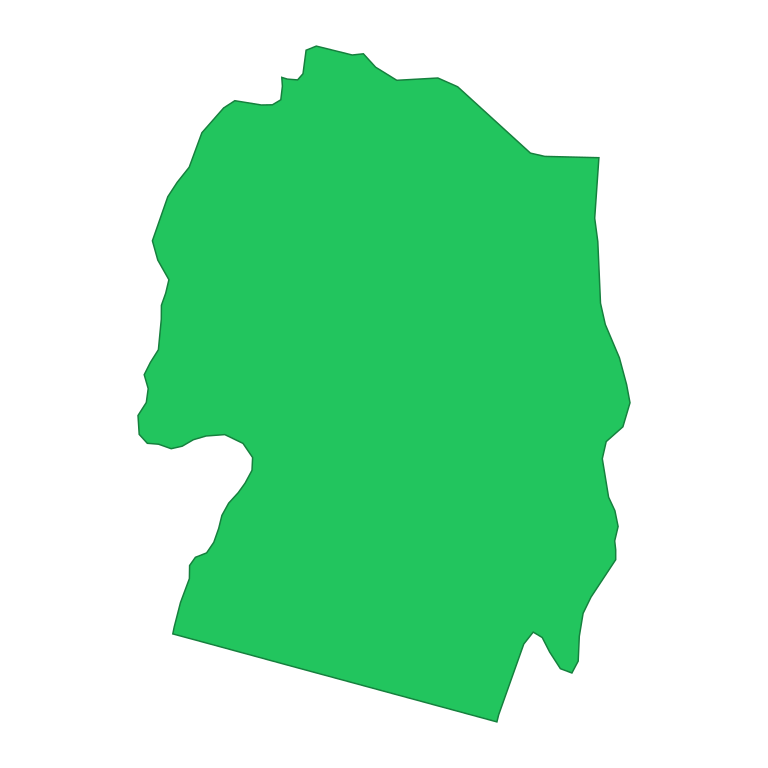 the border of Koulpélogo
{"feature_id": "BFA-2827", "entity_name": "Koulpélogo", "entity_type": "Province", "adm_level": 1, "iso_a3": "BFA", "parent_name": "Burkina Faso", "parent_adm1": "", "projection": "equal_earth", "projection_center": [0.155, 11.405], "detail": "fine", "context": "isolated", "style": "filled", "palette": "green", "viewbox_px": 768, "rotation_deg": 0, "n_neighbors": 0, "source": "natural_earth", "source_scale": "10m", "svg_char_len": 1234}
<svg xmlns="http://www.w3.org/2000/svg" viewBox="0 0 768 768"><path d="M496.9,721.9L439.1,706.2L288.3,665.3L207.1,643.2L172.8,633.9L174.2,627.0L180.5,602.5L189.4,578.6L189.6,565.5L195.4,557.3L206.6,552.9L213.8,542.3L218.7,528.4L221.9,515.4L228.7,503.1L238.2,492.7L245.1,483.1L252.0,470.3L252.6,457.5L243.0,443.4L224.8,434.6L206.0,436.0L193.4,439.7L182.2,446.2L171.2,448.7L158.5,444.2L147.3,443.3L139.2,434.4L138.0,415.5L146.3,402.5L148.2,388.6L144.2,374.7L150.4,362.4L158.4,349.7L161.3,319.2L161.4,305.3L165.7,293.2L168.9,279.7L157.8,260.1L152.4,240.8L167.8,196.7L177.2,182.3L189.2,167.2L201.9,132.7L223.7,107.9L234.8,100.7L261.3,105.0L272.4,104.8L280.8,99.8L282.4,86.2L281.8,77.4L287.4,79.1L297.6,79.9L303.0,73.7L306.1,50.2L316.3,46.1L352.2,55.0L363.4,53.8L375.6,67.2L396.8,80.3L437.9,78.0L457.7,86.8L530.4,153.1L544.8,156.4L598.9,157.7L594.7,218.2L597.8,241.6L600.5,303.2L605.3,324.5L619.4,357.8L626.6,384.6L630.0,402.8L622.9,426.8L606.2,441.6L602.3,458.7L608.6,497.2L614.9,510.7L618.1,526.5L614.7,540.9L615.7,549.8L615.7,559.7L591.0,597.1L583.1,613.3L579.3,636.3L578.2,661.1L571.9,673.0L560.4,668.7L549.7,652.1L542.2,637.5L533.2,632.1L523.8,644.0L498.7,714.7L496.9,721.9Z" fill="#22c55e" stroke="#15803d" stroke-width="1.5"/></svg>